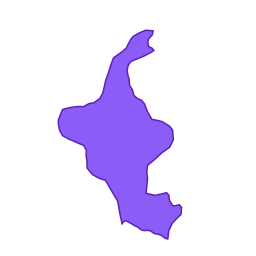 the district of Changdo, Kangwŏn-do, North Korea, rotated 12°
{"feature_id": "82179303B43918374415643", "entity_name": "Changdo", "entity_type": "district", "adm_level": 2, "iso_a3": "PRK", "parent_name": "North Korea", "parent_adm1": "Kangwŏn-do", "projection": "equal_earth", "projection_center": [127.856, 38.569], "detail": "fine", "context": "isolated", "style": "filled", "palette": "violet", "viewbox_px": 256, "rotation_deg": 12, "n_neighbors": 0, "source": "geoboundaries", "source_scale": "gbopen_adm2", "svg_char_len": 1616}
<svg xmlns="http://www.w3.org/2000/svg" viewBox="0 0 256 256"><g transform="rotate(12 128 128)"><path d="M132.4,27.7L124.9,28.7L119.2,32.7L114.5,36.8L112.6,39.9L110.7,46.0L109.7,50.1L106.8,54.1L103.1,58.2L99.3,62.3L98.3,68.4L97.3,78.6L96.3,85.8L96.2,92.9L96.1,99.1L94.2,105.2L89.5,110.3L84.7,112.3L80.0,116.4L74.4,117.4L68.7,119.4L64.0,121.5L63.1,121.9L60.2,123.5L59.2,128.6L58.2,134.7L58.4,135.6L59.1,138.8L61.9,145.0L65.6,149.1L72.2,151.1L77.8,152.2L82.5,153.2L88.1,154.2L91.9,158.3L92.7,163.5L94.6,168.6L96.4,175.8L102.9,180.9L109.5,183.0L117.0,184.0L123.5,191.2L128.2,196.3L132.9,201.5L135.6,207.6L137.5,212.7L142.1,222.9L143.5,220.2L144.4,219.6L144.9,219.3L146.3,219.4L151.9,221.1L154.7,222.2L155.2,222.3L156.6,222.5L158.9,223.2L159.8,223.8L161.2,224.6L164.1,225.1L164.7,225.0L166.4,224.7L169.6,223.8L170.6,224.0L172.1,224.3L175.1,225.5L175.9,225.8L179.7,225.6L180.4,225.7L183.0,226.1L186.2,227.6L187.0,228.0L189.3,228.3L190.0,228.2L189.2,220.0L191.1,211.9L194.9,205.7L197.8,201.6L196.9,194.5L194.1,192.4L190.3,194.4L187.5,194.4L183.7,190.3L181.9,185.2L179.1,183.2L175.3,185.2L168.7,188.2L164.0,188.2L159.3,188.2L158.4,180.0L157.5,172.9L155.7,167.7L154.8,160.6L160.5,153.4L166.2,145.3L172.8,138.1L174.8,129.9L172.0,120.7L168.3,117.6L159.9,114.6L155.2,114.5L149.5,114.5L144.0,108.4L141.2,104.3L139.3,101.2L135.6,98.1L130.9,97.1L127.2,95.0L124.4,89.9L120.7,85.8L118.8,79.7L117.0,76.6L115.1,71.5L115.2,66.4L117.1,62.3L119.9,60.3L127.5,55.2L131.3,52.2L135.0,49.1L136.9,47.1L137.2,46.8L135.1,45.0L131.3,44.0L129.5,39.9L129.5,36.8L132.4,31.8L132.4,27.7Z" fill="#8b5cf6" stroke="#5b21b6" stroke-width="1.5"/></g></svg>